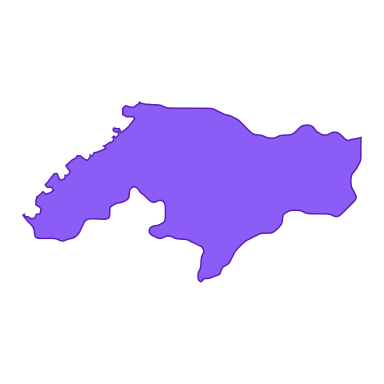 Banica, La Estrelleta, Dominican Republic
{"feature_id": "3306468B73916150464178", "entity_name": "Banica", "entity_type": "district", "adm_level": 2, "iso_a3": "DOM", "parent_name": "Dominican Republic", "parent_adm1": "La Estrelleta", "projection": "albers", "projection_center": [-71.658, 19.016], "detail": "fine", "context": "isolated", "style": "filled", "palette": "violet", "viewbox_px": 384, "rotation_deg": 0, "n_neighbors": 0, "source": "geoboundaries", "source_scale": "gbopen_adm2", "svg_char_len": 5480}
<svg xmlns="http://www.w3.org/2000/svg" viewBox="0 0 384 384"><path d="M201.0,281.8L204.3,278.6L208.3,278.4L210.6,277.9L214.4,276.2L218.4,275.0L219.5,274.3L220.2,273.2L221.0,270.6L221.4,269.3L222.2,268.1L223.1,267.1L224.2,266.3L227.3,264.6L228.4,263.7L229.4,262.6L230.1,261.4L231.3,258.7L232.7,256.2L234.3,252.8L235.6,250.8L237.8,248.4L241.9,244.2L244.3,242.0L246.3,240.5L247.6,239.8L249.7,238.9L253.4,236.8L256.2,235.7L258.7,234.3L260.0,233.8L261.5,233.4L263.1,233.2L268.7,233.1L271.0,232.9L272.5,232.5L273.3,232.1L275.3,230.7L277.2,229.0L279.0,227.2L280.6,225.2L281.5,223.8L281.8,223.0L282.2,221.5L282.8,216.4L283.2,215.1L283.6,214.5L284.5,213.6L287.4,211.8L288.6,211.1L290.0,210.6L292.4,210.3L295.6,210.2L298.8,210.4L300.4,210.7L301.9,211.1L305.7,213.0L308.0,213.5L312.1,213.8L323.9,213.8L328.1,214.0L330.5,214.4L331.8,215.0L334.2,216.2L335.6,216.5L336.4,216.6L337.8,216.3L338.6,216.1L339.9,215.2L341.2,214.2L354.0,201.5L355.4,199.6L356.1,198.3L356.2,197.6L356.2,196.9L355.8,195.7L353.8,191.3L352.0,188.2L351.5,186.8L351.1,185.2L351.0,183.6L350.9,181.2L350.9,178.8L351.3,176.5L351.7,175.0L352.1,174.2L353.0,172.9L356.0,169.2L356.9,167.9L358.2,165.2L359.9,162.1L360.4,160.6L360.7,159.0L360.9,156.5L360.8,143.7L361.0,137.5L358.2,138.3L352.1,139.3L349.0,140.3L347.8,140.4L347.1,140.3L345.8,139.6L344.0,138.1L341.1,135.2L339.8,134.1L338.5,133.1L337.0,132.5L335.4,132.2L333.1,132.3L331.7,132.7L328.6,134.3L327.2,134.8L324.9,135.1L322.6,134.8L321.9,134.6L320.6,134.0L316.5,131.4L315.6,130.5L314.6,128.8L313.8,127.8L312.2,126.4L311.6,126.0L310.1,125.5L308.6,125.2L307.0,125.1L305.4,125.2L303.9,125.4L302.4,125.9L301.6,126.3L299.6,127.8L296.0,131.4L294.1,133.0L292.7,133.9L291.2,134.6L288.7,135.0L283.7,135.2L281.2,135.4L279.6,135.8L276.4,137.3L274.2,138.0L271.9,138.2L268.8,138.0L266.5,137.5L263.3,136.0L261.9,135.5L260.4,135.2L255.0,134.6L253.5,134.1L252.8,133.8L251.4,132.8L249.5,131.2L240.5,122.0L238.7,120.3L237.3,119.4L235.9,118.6L233.9,117.7L230.1,115.7L228.6,115.3L225.6,114.7L224.1,114.3L220.3,112.3L217.6,111.1L214.5,109.4L213.0,108.9L210.5,108.4L207.1,108.3L173.9,108.2L169.6,108.1L167.9,107.9L166.2,107.6L164.8,107.1L161.6,105.6L160.1,105.2L157.8,104.9L151.3,104.6L147.1,104.2L146.6,104.5L140.7,103.1L139.4,102.2L139.0,103.6L136.9,104.9L134.9,106.4L133.8,107.2L130.9,107.2L125.7,105.8L123.6,107.2L122.7,109.0L122.7,111.5L122.7,114.2L122.7,114.4L126.6,116.7L133.0,116.7L133.3,117.0L134.8,118.9L133.9,119.8L129.6,125.2L129.6,125.7L124.9,130.0L120.5,132.5L119.8,131.7L120.1,130.1L119.3,128.6L117.9,128.8L113.8,128.0L113.3,128.9L113.3,130.7L115.4,132.0L116.7,132.0L118.4,132.0L118.4,135.1L116.3,137.4L116.1,137.4L115.4,137.4L114.1,136.1L113.4,136.7L112.8,137.2L113.6,137.3L113.4,140.9L111.4,142.6L110.4,142.0L106.6,144.7L106.0,145.1L103.6,146.0L105.0,147.0L106.0,148.3L101.4,150.5L96.0,152.5L94.2,152.6L93.5,153.7L93.5,154.6L93.1,154.9L92.2,155.6L91.8,156.0L91.3,155.6L90.3,155.0L90.4,156.4L89.2,158.1L88.6,159.2L87.2,160.3L84.7,159.3L80.4,155.9L77.3,155.7L77.2,156.0L76.3,157.8L73.1,159.5L72.0,160.1L66.0,165.5L66.2,165.8L66.6,166.6L67.7,168.6L69.9,170.9L69.0,174.1L66.8,175.4L65.1,175.4L65.4,175.8L64.6,178.8L60.6,180.1L59.5,179.4L57.0,173.6L54.3,173.7L52.2,176.3L49.4,179.8L47.7,182.3L46.2,183.8L45.3,184.9L47.1,187.2L48.1,187.2L51.4,187.2L53.5,190.3L50.5,192.6L49.9,192.8L47.5,193.8L47.1,193.9L45.3,193.9L43.5,192.0L43.2,191.7L42.6,192.1L41.9,192.6L41.0,193.9L36.7,197.1L36.6,197.9L35.9,201.2L35.9,204.8L36.2,205.0L38.9,206.6L39.3,207.0L41.1,208.8L40.2,213.3L38.9,214.2L36.4,214.2L35.2,217.3L33.9,218.4L31.0,218.8L28.0,216.7L26.2,216.9L23.7,215.0L23.9,214.7L23.0,215.1L25.8,218.9L27.4,220.9L31.6,225.2L33.1,227.3L33.8,228.7L34.1,229.5L34.3,230.9L34.7,234.6L35.0,235.9L35.3,236.5L35.7,237.1L36.2,237.5L37.5,238.1L39.7,238.4L49.7,238.3L54.0,238.5L55.6,238.7L57.2,239.1L59.7,240.3L60.9,240.8L62.4,241.0L63.8,240.8L65.1,240.4L67.6,239.3L72.0,238.3L73.5,237.8L74.9,237.0L76.8,235.5L78.4,233.7L79.8,231.7L81.2,228.3L82.6,225.7L83.7,223.1L84.5,221.8L85.4,220.8L86.0,220.3L87.2,219.5L88.8,219.0L91.3,218.8L94.8,218.8L102.7,219.2L105.1,219.2L106.7,219.0L108.1,218.4L108.7,217.9L109.1,217.3L109.6,215.9L109.7,214.4L109.8,209.7L110.1,208.2L110.3,207.5L110.7,206.9L111.2,206.4L112.2,205.6L115.8,203.6L117.2,203.1L121.0,202.5L122.5,202.1L124.4,201.2L127.3,199.5L128.2,198.6L128.8,197.3L129.1,195.9L129.4,191.5L129.8,190.1L130.5,188.8L131.5,187.8L132.7,187.1L133.5,186.9L134.2,186.9L135.0,186.9L135.7,187.1L136.9,187.8L137.9,188.8L138.7,189.8L139.7,191.5L140.5,192.4L143.4,194.6L148.9,199.9L150.9,201.4L152.3,202.0L153.1,202.2L154.5,202.2L155.8,201.8L158.7,200.5L160.1,200.3L160.8,200.3L162.2,200.8L163.4,201.6L164.3,202.7L164.9,204.1L165.2,205.7L165.4,207.3L165.4,215.8L165.2,219.0L164.8,220.5L164.6,221.2L164.2,221.8L163.1,222.7L159.6,224.7L157.6,225.4L153.1,226.1L151.8,226.7L150.7,227.5L149.8,228.6L149.4,229.3L149.2,230.0L149.2,230.8L149.2,231.5L149.4,232.3L149.7,233.0L150.1,233.6L151.1,234.6L152.2,235.4L152.9,235.8L154.9,236.6L157.4,237.8L158.8,238.2L159.5,238.4L161.0,238.3L161.7,238.2L163.0,237.7L164.8,236.8L166.1,236.3L167.6,236.1L169.1,236.1L171.4,236.5L175.2,238.3L176.8,238.7L179.3,239.0L184.4,239.3L186.9,239.6L188.4,240.2L191.5,241.8L194.3,243.0L197.5,244.7L200.1,245.9L201.4,246.6L202.4,247.6L202.8,248.1L203.5,249.4L203.7,250.1L203.7,251.6L203.4,252.9L201.9,256.0L201.5,257.5L201.2,260.0L200.9,265.2L200.5,267.6L200.1,269.1L198.8,271.6L198.1,273.4L198.0,277.4L198.4,279.5L199.1,280.6L199.5,281.0L201.0,281.8Z" fill="#8b5cf6" stroke="#5b21b6" stroke-width="1.5"/></svg>